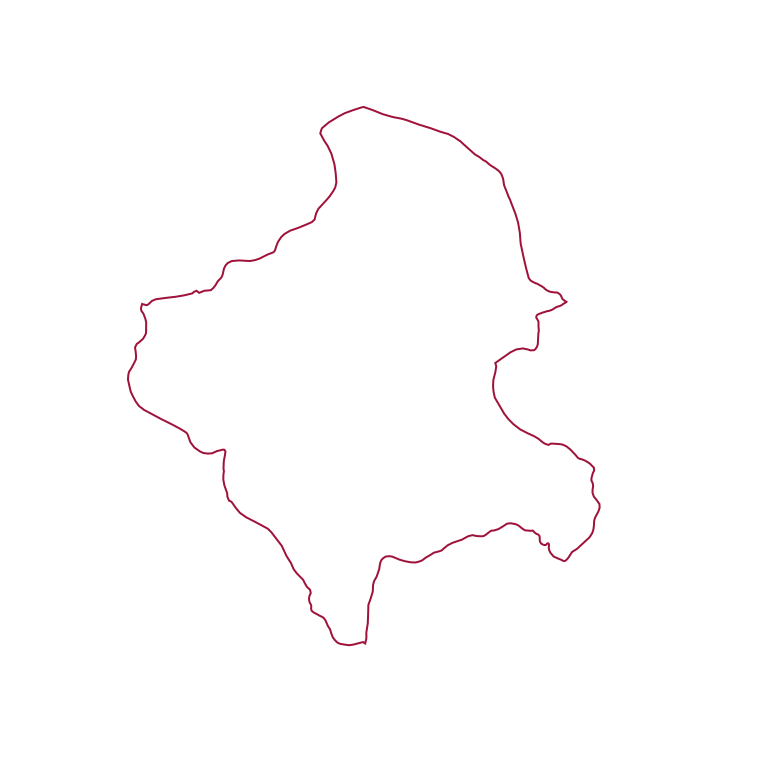 the district of Kota Tomohon, Sulawesi Utara, Indonesia, rotated 116°
{"feature_id": "22746128B12552284418793", "entity_name": "Kota Tomohon", "entity_type": "district", "adm_level": 2, "iso_a3": "IDN", "parent_name": "Indonesia", "parent_adm1": "Sulawesi Utara", "projection": "orthographic", "projection_center": [124.821, 1.329], "detail": "fine", "context": "isolated", "style": "outline", "palette": "rose", "viewbox_px": 768, "rotation_deg": 116, "n_neighbors": 0, "source": "geoboundaries", "source_scale": "gbopen_adm2", "svg_char_len": 5998}
<svg xmlns="http://www.w3.org/2000/svg" viewBox="0 0 768 768"><g transform="rotate(116 384 384)"><path d="M431.8,132.1L427.1,131.5L423.3,131.9L421.0,132.7L419.1,133.3L414.9,135.1L412.2,135.7L410.7,135.7L407.5,135.5L403.8,135.5L400.6,136.0L397.4,137.8L395.2,141.8L393.2,146.0L391.8,147.5L390.2,149.0L387.3,150.3L384.3,151.2L381.9,152.7L379.8,155.3L377.5,156.3L372.7,157.2L369.6,157.2L367.3,158.6L367.2,158.7L365.2,164.4L364.9,167.7L364.7,169.6L364.9,172.9L365.5,175.5L365.3,177.5L363.7,181.0L361.2,187.8L360.1,192.5L360.1,195.9L360.4,197.9L361.0,199.7L361.7,201.5L362.5,203.4L364.0,207.1L364.9,208.3L366.6,209.4L366.9,211.2L367.0,212.2L367.1,213.7L366.8,215.9L366.7,216.5L365.5,221.4L365.1,226.2L365.3,233.4L365.2,237.6L365.1,241.7L363.4,250.0L361.1,256.7L358.2,262.5L358.1,262.8L347.7,278.4L343.0,282.1L338.4,284.9L332.4,287.5L324.2,289.2L318.8,290.9L316.3,293.2L300.0,284.2L294.9,280.2L291.1,274.7L290.8,273.3L289.8,269.5L289.7,267.5L288.9,265.8L287.6,263.7L285.6,263.1L283.5,262.8L280.8,263.2L279.2,263.9L277.5,264.6L275.5,265.5L270.6,267.5L268.7,268.0L267.0,268.9L264.9,270.2L263.0,271.1L260.3,272.4L258.9,274.2L257.7,276.2L255.9,276.8L254.5,276.5L253.7,275.9L252.8,275.2L251.3,273.6L250.4,272.9L249.5,271.9L248.3,270.5L247.3,269.7L246.5,268.5L245.9,267.7L245.2,267.1L244.5,266.2L243.7,265.6L242.6,264.8L240.8,263.8L239.9,263.1L238.9,262.6L238.1,261.6L237.7,261.0L236.7,260.1L236.3,259.7L235.6,259.2L234.8,258.7L233.5,258.0L232.9,257.6L232.4,257.3L231.7,256.8L230.3,255.9L230.2,255.9L230.1,256.9L230.1,257.6L230.0,258.3L229.8,258.9L229.6,259.7L229.5,260.4L229.3,260.9L228.4,262.1L227.4,263.2L226.5,264.6L226.3,265.3L225.9,267.2L225.9,268.1L226.1,269.2L226.6,269.9L227.4,272.3L228.2,274.8L228.3,275.7L228.4,277.7L228.4,278.9L227.9,281.3L227.4,282.4L227.3,283.7L227.0,284.9L226.9,286.0L227.0,287.2L226.8,288.6L226.8,289.8L226.7,290.9L227.0,291.9L227.0,294.0L226.9,296.1L226.8,297.4L225.4,300.3L217.8,306.9L208.7,314.3L198.2,322.5L195.4,324.2L188.7,328.1L180.2,334.2L173.3,340.6L165.7,348.8L163.2,351.4L161.0,354.2L157.1,358.4L152.7,363.2L147.2,367.0L143.7,370.8L142.3,373.8L141.4,378.2L140.7,384.7L139.3,389.9L139.2,393.2L138.2,397.9L137.8,402.8L135.2,412.1L133.2,419.1L132.5,421.2L131.3,429.4L131.2,436.1L132.5,443.4L133.6,453.9L135.5,466.0L136.6,476.2L136.9,479.1L137.8,484.3L140.2,493.2L142.0,503.2L142.8,514.5L143.9,523.7L145.1,525.3L151.8,532.2L157.4,537.6L157.7,537.9L163.5,542.2L173.1,548.3L181.3,551.9L183.7,551.7L186.7,551.1L191.7,544.2L194.5,539.3L200.0,532.3L202.6,530.0L208.2,524.9L215.3,520.1L223.6,515.2L228.7,514.0L232.9,514.2L239.0,515.1L244.1,516.4L251.0,518.5L255.3,519.8L260.6,519.8L266.6,518.5L270.1,519.8L273.3,522.5L275.4,524.3L281.2,529.5L287.5,535.7L292.8,539.2L297.1,540.8L301.3,541.4L303.3,541.6L307.5,541.2L310.7,540.7L312.0,540.6L313.9,541.0L314.8,541.8L317.0,543.8L318.2,545.0L321.7,547.7L325.8,550.8L328.9,553.9L330.3,555.7L332.3,558.5L336.4,568.3L339.0,572.7L340.2,574.7L342.0,576.1L343.8,577.5L346.9,578.4L350.5,578.4L356.7,576.9L359.7,576.9L361.7,577.5L364.3,578.4L369.3,578.8L372.9,579.6L375.6,580.8L379.0,586.4L381.2,588.4L383.1,590.1L382.8,591.3L382.4,593.4L384.0,594.7L384.6,595.3L385.5,595.6L386.7,596.1L391.2,601.6L392.3,603.0L397.0,609.6L401.7,617.0L407.7,626.0L409.1,627.3L411.1,629.0L415.4,630.6L417.2,631.8L418.1,636.2L418.1,636.5L422.3,635.7L424.3,634.5L425.1,633.2L426.2,631.1L430.2,626.9L433.0,624.7L441.0,620.9L443.1,620.1L445.7,620.1L449.0,620.4L454.0,622.4L456.4,623.8L460.3,623.8L463.6,621.5L467.9,618.9L470.7,617.8L475.7,617.8L480.3,618.0L485.0,618.5L488.2,617.7L492.2,616.1L496.6,612.6L501.8,608.4L502.7,607.3L504.6,605.0L505.2,604.1L505.6,603.6L506.9,601.8L508.6,599.5L511.2,594.5L512.5,588.1L512.5,587.0L513.2,568.8L513.3,555.7L513.6,547.7L514.0,543.3L514.5,540.0L515.4,538.4L521.2,532.5L524.2,526.6L525.3,519.7L525.2,516.1L523.8,511.9L522.4,509.4L521.5,508.0L517.6,504.8L513.5,499.9L513.1,498.5L514.2,496.9L515.1,496.6L517.9,495.7L521.7,494.7L524.0,494.0L530.3,491.2L532.0,490.1L532.7,489.6L536.1,488.5L540.4,486.5L545.1,483.0L551.0,477.0L553.9,475.4L556.8,472.1L556.7,471.6L556.7,470.6L556.7,469.7L557.2,468.5L560.4,462.8L563.0,456.9L564.2,449.5L564.4,441.0L564.5,437.6L564.7,432.1L565.0,425.0L566.7,420.1L570.1,413.3L574.3,404.9L581.2,396.4L584.1,391.8L585.6,389.2L585.8,389.0L590.0,384.1L592.5,379.2L595.4,370.9L598.1,367.4L600.1,364.3L601.4,360.2L604.0,358.2L607.2,358.1L609.9,357.3L612.6,355.4L613.8,353.8L614.4,352.9L615.0,352.3L616.4,351.6L617.4,351.3L618.5,350.6L619.5,349.6L619.9,348.3L620.2,346.4L620.3,342.8L620.5,339.9L620.4,338.5L620.6,335.9L622.0,333.1L626.2,328.2L628.2,324.9L631.4,321.9L634.1,319.0L635.6,316.1L636.8,312.8L636.8,309.7L635.6,305.5L634.1,300.9L631.5,297.1L628.7,293.9L625.9,290.6L625.1,289.6L625.5,287.7L625.5,287.1L623.3,287.7L620.8,288.2L618.7,289.1L615.2,290.9L606.1,293.7L599.6,296.6L594.2,299.0L589.4,301.2L583.1,301.9L575.5,303.1L569.7,305.6L565.8,306.5L560.6,306.2L560.1,306.2L552.8,307.1L546.9,308.9L543.5,309.2L541.0,308.4L538.4,306.9L536.3,303.5L535.5,300.7L535.3,297.1L535.1,293.3L534.2,287.9L532.6,282.0L530.6,277.4L528.5,274.9L527.8,274.2L525.8,272.4L522.0,270.5L516.9,267.1L513.7,265.2L510.7,261.6L508.3,259.2L506.5,258.5L505.3,258.0L502.7,256.8L501.4,256.3L496.6,252.7L496.2,252.3L492.5,248.5L490.6,246.6L489.2,245.3L486.0,243.1L483.6,241.3L481.0,238.1L480.4,235.5L480.1,234.3L480.0,234.0L478.3,229.9L477.3,228.2L477.2,228.0L475.1,226.5L471.5,224.8L468.8,223.3L467.3,220.7L466.0,219.4L464.3,217.6L459.4,214.4L457.3,213.2L455.5,212.1L453.5,208.8L452.2,203.8L452.3,200.6L452.9,198.2L453.4,196.1L453.5,194.8L453.7,193.0L453.6,192.9L451.6,187.7L450.5,185.9L451.4,183.8L451.7,182.4L451.9,181.2L451.7,179.3L452.4,177.7L453.4,176.9L456.4,175.4L457.3,174.7L458.5,172.9L458.7,171.0L458.4,169.1L458.0,168.5L457.8,168.0L456.0,167.5L455.2,166.6L455.4,165.9L456.4,165.1L459.4,163.9L461.0,162.6L462.8,160.3L464.1,157.3L464.7,156.0L464.6,151.8L464.3,147.7L464.4,145.6L464.2,144.5L464.1,144.3L462.9,143.2L459.7,142.2L452.4,141.3L447.7,138.3L431.8,132.1Z" fill="none" stroke="#9f1239" stroke-width="2"/></g></svg>